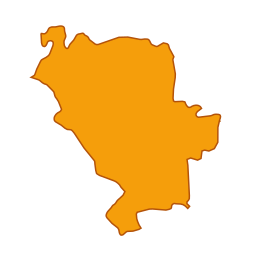 an SVG outline of Idlib, rotated 176°
{"feature_id": "SYR-140", "entity_name": "Idlib", "entity_type": "Province", "adm_level": 1, "iso_a3": "SYR", "parent_name": "Syria", "parent_adm1": "", "projection": "robinson", "projection_center": [36.748, 35.825], "detail": "fine", "context": "isolated", "style": "filled", "palette": "amber", "viewbox_px": 256, "rotation_deg": 176, "n_neighbors": 0, "source": "natural_earth", "source_scale": "10m", "svg_char_len": 3710}
<svg xmlns="http://www.w3.org/2000/svg" viewBox="0 0 256 256"><g transform="rotate(176 128 128)"><path d="M112.4,45.6L124.7,43.3L125.7,41.6L125.6,36.8L124.9,33.9L123.7,30.4L122.0,27.2L124.2,26.1L130.2,24.8L135.9,24.9L136.8,24.6L140.4,21.9L141.6,21.6L142.5,21.7L143.0,22.1L143.4,22.7L143.7,23.4L143.9,24.1L144.3,27.3L145.2,29.1L150.6,34.0L155.1,39.7L155.8,41.1L155.9,42.3L155.7,43.1L155.4,43.9L154.7,45.2L153.8,46.3L150.3,49.7L149.0,51.4L148.5,51.9L146.8,52.8L146.5,53.1L146.1,53.4L145.2,54.4L144.4,55.6L143.5,56.6L137.7,61.2L135.5,64.8L139.1,69.4L140.4,71.9L142.0,73.7L143.6,75.1L145.2,76.1L159.7,82.7L161.4,83.9L162.5,84.8L162.8,86.3L163.1,87.8L163.5,94.4L163.5,96.1L163.6,97.0L163.8,97.7L173.2,111.1L182.0,126.7L183.4,128.7L184.5,129.9L185.2,130.2L186.1,130.4L188.7,130.8L190.9,132.2L194.4,135.5L199.5,139.0L200.4,139.9L200.9,140.8L201.0,141.5L201.0,142.3L200.9,143.2L200.7,144.0L200.0,145.2L199.4,146.0L198.6,146.9L197.5,147.7L196.9,148.1L194.9,149.0L193.9,149.8L193.0,151.3L195.5,159.2L197.1,162.2L198.2,163.8L198.7,165.2L199.4,169.0L200.4,170.4L205.9,176.8L206.8,177.3L208.2,177.8L209.2,178.4L210.3,179.2L212.9,181.7L213.8,182.3L221.1,185.3L217.8,187.0L217.3,187.7L216.8,188.7L214.9,193.1L210.6,200.6L209.6,201.9L208.3,202.6L204.7,204.2L202.5,205.6L201.5,206.6L200.6,208.1L197.2,215.3L196.8,216.7L196.7,217.6L196.7,218.5L196.9,219.1L197.4,219.7L198.0,220.1L198.7,220.4L199.5,220.5L200.3,220.4L201.1,220.2L201.7,219.9L202.2,219.4L202.5,218.8L203.6,216.7L204.0,216.2L204.5,215.7L205.0,215.3L205.7,215.1L206.4,215.3L207.0,215.6L207.5,216.1L207.8,216.7L208.0,217.4L208.3,219.0L208.2,227.7L207.9,228.3L207.3,228.3L206.7,228.1L205.9,227.9L205.1,227.8L204.4,227.9L203.7,228.2L203.2,228.6L202.6,229.0L201.6,230.2L200.2,232.6L199.6,233.2L198.9,233.6L197.9,233.9L197.0,234.1L193.3,233.9L189.4,234.4L187.7,234.4L186.9,234.2L186.2,234.0L185.5,233.6L185.0,233.1L184.7,232.5L184.5,231.8L184.5,229.2L184.4,228.4L183.8,225.5L183.7,224.7L183.7,223.8L183.9,223.0L185.6,219.6L185.8,218.7L185.9,217.9L185.9,217.0L185.8,215.4L185.7,214.6L185.4,213.9L185.1,213.3L184.8,212.7L184.3,212.2L183.8,211.7L182.9,211.6L182.3,211.9L181.9,212.4L180.4,215.0L179.8,215.8L176.0,219.5L172.9,224.1L171.9,224.8L170.7,225.2L169.4,225.3L167.6,225.6L166.6,225.7L165.8,225.4L165.4,224.9L165.1,224.3L164.6,223.7L162.8,222.6L162.2,222.2L161.7,221.7L161.0,220.5L160.8,219.8L160.1,218.6L154.9,214.0L154.2,213.7L153.4,213.4L152.7,213.4L151.8,213.4L130.8,219.1L121.8,218.7L110.1,215.6L108.4,215.4L105.1,215.6L103.3,215.4L102.5,215.3L101.7,215.0L101.1,214.5L100.7,214.0L100.4,213.4L100.1,212.8L99.6,211.5L99.0,210.2L98.5,209.7L98.0,209.3L94.9,207.7L93.7,207.3L92.9,207.4L86.8,210.4L83.1,209.3L81.9,208.1L81.1,204.4L77.3,196.0L77.3,195.9L77.5,195.3L77.8,194.8L78.2,194.0L78.5,192.9L77.0,178.7L77.4,175.0L79.9,163.7L81.0,154.5L80.7,151.8L79.5,151.0L71.9,150.8L69.5,150.1L69.2,149.4L69.0,148.7L68.8,148.0L68.4,147.2L68.0,146.3L67.0,145.1L66.4,144.5L65.7,144.3L64.9,144.3L64.2,144.4L63.5,144.7L62.9,145.1L60.8,145.8L58.6,146.0L57.2,145.8L55.9,145.4L55.2,144.9L54.5,144.4L54.1,143.9L53.3,142.4L57.7,139.5L59.0,137.8L59.2,137.0L59.2,136.1L58.9,135.3L58.3,134.5L57.6,134.1L56.8,133.8L44.9,134.4L43.4,134.7L41.9,135.3L41.0,135.5L39.6,135.6L37.1,135.3L35.9,134.9L35.2,134.3L35.0,133.6L34.9,132.8L35.1,132.1L35.3,131.3L35.6,130.7L36.0,129.6L36.1,129.3L35.9,128.5L36.4,128.5L38.3,122.3L39.4,107.5L43.3,101.4L48.9,99.4L53.1,100.6L55.8,99.9L57.3,92.5L60.8,91.1L67.6,93.7L71.3,92.5L70.9,86.6L71.5,56.3L71.8,53.2L72.8,51.6L74.3,50.2L74.5,48.4L72.0,45.6L74.0,43.6L76.2,46.1L78.4,47.7L80.8,48.5L85.6,49.1L86.6,49.4L87.6,49.4L89.0,48.7L89.9,47.5L90.1,46.0L90.7,44.7L92.7,44.0L95.9,43.5L109.1,45.5L112.4,45.6Z" fill="#f59e0b" stroke="#b45309" stroke-width="1.5"/></g></svg>